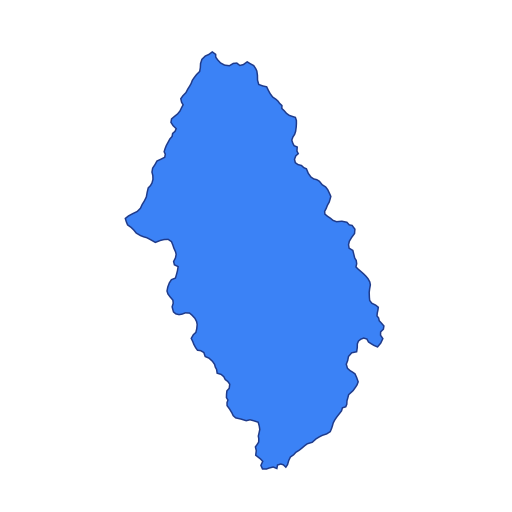 Candeias, Minas Gerais, Brazil, rotated 63°
{"feature_id": "56859067B9818430918024", "entity_name": "Candeias", "entity_type": "district", "adm_level": 2, "iso_a3": "BRA", "parent_name": "Brazil", "parent_adm1": "Minas Gerais", "projection": "robinson", "projection_center": [-45.275, -20.749], "detail": "fine", "context": "isolated", "style": "filled", "palette": "blue", "viewbox_px": 512, "rotation_deg": 63, "n_neighbors": 0, "source": "geoboundaries", "source_scale": "gbopen_adm2", "svg_char_len": 4078}
<svg xmlns="http://www.w3.org/2000/svg" viewBox="0 0 512 512"><g transform="rotate(63 256 256)"><path d="M277.0,155.7L272.4,156.5L270.6,158.8L267.2,159.7L264.0,163.7L262.0,168.7L259.1,171.3L256.2,172.5L253.0,174.3L249.9,175.6L247.4,174.6L245.6,172.0L243.2,169.3L241.2,166.3L239.0,164.2L236.9,162.3L233.6,162.1L229.5,162.0L226.1,162.6L222.5,164.7L218.2,165.6L215.6,167.2L213.5,169.6L210.6,171.2L206.1,171.9L201.2,171.5L199.0,173.3L196.0,174.4L193.6,177.1L190.7,178.6L187.3,177.8L184.8,175.0L184.0,171.9L181.1,171.9L177.6,169.8L175.0,172.0L172.1,172.0L169.0,171.5L166.8,169.2L165.1,166.3L162.9,164.1L159.3,161.6L156.4,159.9L153.6,158.5L150.4,158.0L148.2,160.2L145.7,162.6L142.7,164.1L139.5,164.9L136.3,166.0L133.7,164.6L130.6,165.7L128.0,166.1L125.4,167.1L121.9,169.0L117.7,169.7L113.8,169.8L110.1,169.7L107.6,172.7L104.4,175.7L100.0,174.8L95.7,172.7L91.6,171.3L88.9,171.2L85.3,171.6L81.8,174.0L79.0,175.7L79.7,180.4L78.9,183.9L75.4,185.5L74.1,188.8L74.4,193.3L71.7,197.3L67.8,200.0L64.0,201.1L60.6,201.6L58.0,200.4L54.3,202.3L55.0,206.4L54.8,210.4L56.2,214.9L59.3,218.0L63.1,220.2L66.0,222.4L67.3,226.5L68.9,229.9L70.6,233.0L72.8,235.4L74.4,237.8L76.3,241.0L78.6,244.2L80.0,248.3L81.7,251.6L85.2,252.5L88.2,252.3L90.0,254.9L92.3,257.9L93.8,261.3L94.6,265.2L95.5,269.0L98.3,271.1L102.2,270.7L106.3,269.3L108.2,271.6L108.9,274.6L111.4,276.5L112.6,279.6L114.4,282.2L116.8,285.7L119.0,288.2L121.4,290.5L124.1,290.6L126.6,292.5L126.6,296.7L126.4,301.1L128.7,304.5L130.8,308.2L134.0,310.6L137.5,311.4L140.9,313.0L143.7,315.5L145.4,318.1L146.4,321.1L149.8,324.0L153.6,326.9L156.3,330.5L158.4,334.0L161.0,337.3L162.4,341.6L162.3,346.8L162.4,351.4L163.2,355.4L166.5,356.0L170.0,356.3L173.8,354.3L177.4,353.1L181.2,352.3L185.3,349.7L187.9,347.4L190.0,345.1L192.2,343.5L194.7,341.8L198.2,339.5L198.7,334.2L199.6,330.4L201.3,326.7L204.8,324.8L208.4,325.1L211.6,325.6L215.8,325.8L218.3,326.4L221.1,328.6L223.5,331.9L226.8,332.7L230.1,330.2L233.5,332.7L236.0,334.9L239.1,337.8L238.7,342.1L240.6,345.4L243.6,348.7L246.8,351.2L249.9,351.7L253.4,351.1L257.6,350.1L260.5,351.2L263.2,353.8L265.8,354.4L268.4,354.9L271.2,353.7L273.3,351.2L274.2,348.3L274.6,344.7L276.7,341.1L279.6,339.9L283.8,338.7L287.5,338.7L290.3,339.5L293.9,341.8L296.8,344.3L297.6,347.4L300.0,351.1L303.6,351.2L306.5,351.5L310.3,351.4L313.4,350.9L315.2,348.3L318.3,346.3L322.5,346.9L325.6,344.3L330.1,342.6L333.8,342.1L336.5,342.7L339.1,342.6L342.8,343.8L345.7,340.8L348.9,339.5L352.1,339.5L355.0,338.1L358.3,337.6L361.7,339.9L363.0,343.2L365.8,345.0L368.7,346.6L371.6,346.4L373.5,348.4L376.2,349.7L380.5,349.0L385.0,348.7L387.9,348.8L391.0,347.6L394.5,343.4L398.3,339.5L399.2,335.7L401.7,332.9L405.1,329.5L409.0,330.3L412.3,331.4L415.4,333.9L417.5,335.7L420.1,336.5L423.0,338.1L424.5,340.6L425.8,343.2L429.5,344.1L433.4,346.7L436.2,345.4L438.7,344.2L442.0,343.2L444.8,346.7L448.7,346.9L450.5,343.5L450.9,340.5L451.8,336.5L454.8,333.9L452.0,331.7L452.6,328.3L454.5,326.4L457.7,325.3L456.2,322.6L453.1,319.7L450.7,316.6L450.2,312.8L449.0,309.6L448.7,305.9L448.0,302.3L447.1,298.6L446.6,295.5L447.5,290.4L446.2,285.6L445.9,281.6L445.9,278.3L446.6,273.8L446.2,269.6L444.0,267.0L442.0,265.0L439.8,263.0L437.8,260.2L435.9,256.7L434.3,253.2L432.8,250.1L430.5,247.9L431.1,244.5L429.3,242.4L426.3,240.7L424.2,238.7L421.6,236.4L420.0,230.6L418.1,226.9L416.7,224.5L414.5,222.1L410.0,221.5L405.9,221.3L403.1,222.8L400.9,224.2L397.6,225.5L393.4,224.7L390.8,221.8L387.5,219.2L385.7,214.7L387.0,209.8L383.5,207.3L380.3,205.6L378.3,203.3L377.7,200.4L378.0,197.3L380.3,194.9L383.7,194.8L386.5,193.2L389.2,191.5L392.2,189.0L390.3,184.5L387.2,180.5L383.1,181.0L380.2,179.4L379.0,175.7L376.4,173.8L373.2,174.6L369.7,175.6L366.8,174.9L364.3,175.4L361.8,173.8L359.5,171.9L357.2,170.3L354.1,171.7L350.6,174.3L347.2,174.9L344.2,173.7L339.7,171.6L336.9,169.7L333.6,167.2L330.8,166.4L327.2,166.5L324.0,167.2L320.9,168.2L317.1,169.7L313.7,171.1L311.1,171.9L308.6,169.8L305.4,168.7L302.7,169.0L299.3,168.2L295.0,167.2L291.3,169.5L287.9,168.4L285.2,166.1L282.9,162.4L280.7,158.0L277.0,155.7Z" fill="#3b82f6" stroke="#1e3a8a" stroke-width="1.5"/></g></svg>